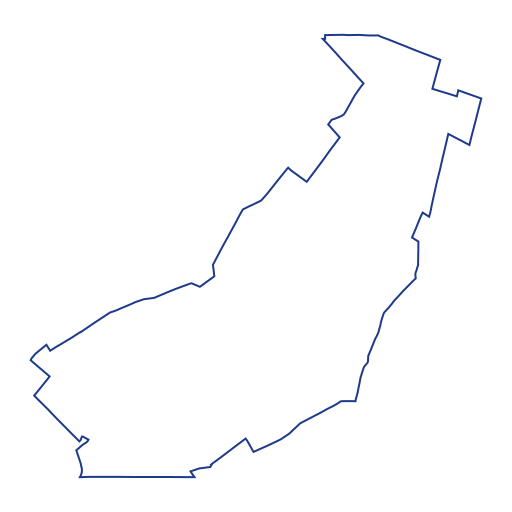 outline of Capleni, Satu Mare, Romania
{"feature_id": "2599482B91947019128255", "entity_name": "Capleni", "entity_type": "district", "adm_level": 2, "iso_a3": "ROU", "parent_name": "Romania", "parent_adm1": "Satu Mare", "projection": "mercator", "projection_center": [22.539, 47.735], "detail": "fine", "context": "isolated", "style": "outline", "palette": "blue", "viewbox_px": 512, "rotation_deg": 0, "n_neighbors": 0, "source": "geoboundaries", "source_scale": "gbopen_adm2", "svg_char_len": 3137}
<svg xmlns="http://www.w3.org/2000/svg" viewBox="0 0 512 512"><path d="M30.7,360.3L40.9,369.0L49.6,376.4L48.1,378.4L40.4,388.0L34.2,395.6L37.5,399.0L47.4,408.8L50.7,412.3L58.2,420.1L63.3,425.2L70.4,432.4L74.9,436.9L79.4,441.4L79.8,441.0L80.1,440.7L80.7,439.9L81.1,438.9L81.8,436.7L82.0,436.5L82.7,436.5L88.5,439.7L87.6,441.2L86.5,442.3L82.5,444.9L79.4,447.6L76.3,450.3L80.7,463.4L81.9,469.1L81.9,471.3L81.6,473.1L80.9,475.2L79.9,477.2L82.4,477.1L84.9,477.0L87.7,476.9L92.3,476.9L98.3,476.9L104.5,476.9L124.3,476.9L134.0,477.0L152.2,477.0L169.0,477.0L182.8,477.1L194.4,477.1L190.5,471.4L199.4,468.4L210.3,467.0L211.5,464.9L211.1,464.7L212.0,463.8L218.2,459.3L234.3,447.1L245.6,438.6L247.0,440.4L247.3,440.9L253.5,451.9L266.8,446.0L272.7,443.2L280.5,439.5L282.0,438.5L289.2,433.7L293.5,429.6L300.2,423.3L301.4,422.7L312.3,417.0L321.3,412.3L326.8,409.2L332.8,406.2L335.9,404.5L341.1,401.2L348.3,401.1L355.2,401.2L355.5,401.2L355.7,399.8L357.0,394.9L357.2,394.3L357.7,392.4L358.0,390.6L358.2,389.4L358.9,386.2L359.8,381.5L360.7,376.9L361.1,375.9L361.3,375.2L362.3,371.9L363.8,367.5L364.1,366.8L365.3,365.4L367.2,363.1L367.7,362.3L367.9,361.7L368.0,361.1L368.2,356.4L368.3,355.7L369.6,352.7L371.0,349.3L373.4,343.3L375.3,338.6L376.7,336.2L378.3,332.6L378.7,331.3L379.4,328.6L380.2,326.0L380.4,325.1L380.8,322.8L381.5,320.2L382.6,316.7L383.6,313.8L384.1,312.6L386.6,309.9L388.6,307.8L390.2,305.8L391.3,304.5L392.6,302.8L394.0,300.9L398.6,296.0L403.5,290.6L406.9,287.2L412.7,281.3L415.7,278.4L415.6,276.9L415.4,275.7L415.4,274.6L415.5,273.1L415.8,272.1L416.3,270.9L416.7,269.8L416.9,268.8L418.1,265.0L418.1,264.7L418.1,261.3L418.3,252.4L418.4,241.6L412.0,237.5L414.6,231.4L416.8,226.2L418.5,221.9L420.1,218.0L421.1,215.7L422.2,213.6L422.7,212.6L429.1,216.7L430.0,213.6L430.6,211.1L431.7,205.4L433.3,198.0L436.3,184.5L437.6,179.0L440.1,169.1L442.4,158.9L444.1,151.9L448.3,133.9L457.6,138.8L469.4,145.0L471.4,136.8L475.0,123.0L475.9,119.6L479.3,106.1L480.0,103.5L481.3,98.5L464.9,92.7L458.3,90.3L456.9,96.3L456.1,96.1L446.8,93.2L441.1,91.5L432.4,88.8L434.6,80.6L438.8,65.3L440.3,59.9L414.4,49.9L405.6,46.3L398.5,43.5L388.4,39.5L380.3,36.5L378.4,35.4L370.1,35.5L369.6,35.5L359.0,34.9L348.7,35.1L342.6,34.8L325.1,35.1L325.1,38.8L322.8,38.9L325.5,41.8L330.8,47.5L335.2,52.3L342.7,60.7L350.2,68.8L357.8,77.2L363.5,83.4L360.9,86.7L359.0,89.3L354.7,95.5L345.6,111.8L343.8,114.5L341.1,116.2L337.4,117.7L335.2,118.6L331.8,119.7L331.2,120.4L328.2,124.5L330.5,127.0L339.7,137.4L338.8,138.6L330.6,149.5L322.2,161.2L313.8,172.4L306.7,181.8L291.3,170.6L288.2,167.7L286.8,169.1L286.6,169.5L281.6,175.6L274.5,184.5L273.4,185.9L267.4,193.5L262.2,199.4L260.9,200.7L251.0,205.5L249.1,206.3L242.8,209.5L239.9,214.6L234.2,225.4L222.7,246.3L212.9,264.9L213.6,270.0L214.3,276.3L199.9,286.8L191.6,283.3L190.1,283.6L176.5,288.6L166.1,292.8L154.1,297.9L151.7,298.2L143.9,299.2L140.1,300.5L135.2,302.2L130.8,304.2L120.8,308.4L116.2,310.4L111.4,312.1L110.8,312.1L107.0,314.5L91.4,324.8L80.8,332.1L80.6,331.9L71.0,338.1L68.1,339.8L65.3,341.5L60.5,344.4L57.0,346.4L50.2,350.7L46.4,344.8L35.6,353.6L31.4,358.6L30.7,360.3Z" fill="none" stroke="#1e3a8a" stroke-width="2"/></svg>